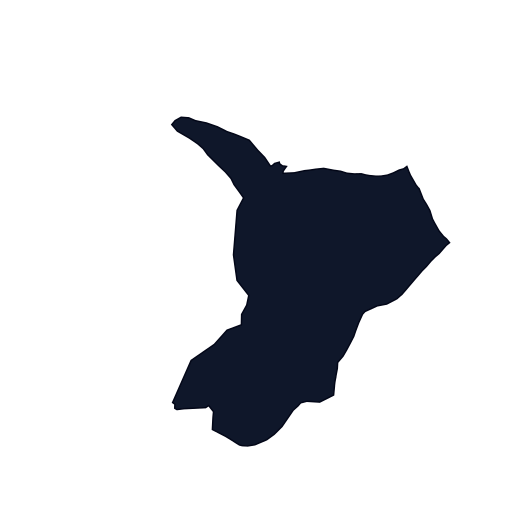 Shomgom, Gombe, Nigeria (Albers equal-area conic projection), rotated 312°
{"feature_id": "59680162B64183111122385", "entity_name": "Shomgom", "entity_type": "district", "adm_level": 2, "iso_a3": "NGA", "parent_name": "Nigeria", "parent_adm1": "Gombe", "projection": "albers", "projection_center": [11.229, 9.728], "detail": "fine", "context": "isolated", "style": "filled", "palette": "ink", "viewbox_px": 512, "rotation_deg": 312, "n_neighbors": 0, "source": "geoboundaries", "source_scale": "gbopen_adm2", "svg_char_len": 2166}
<svg xmlns="http://www.w3.org/2000/svg" viewBox="0 0 512 512"><g transform="rotate(312 256 256)"><path d="M97.9,339.7L101.7,354.2L102.1,356.4L102.6,358.9L104.0,367.3L104.5,370.1L105.8,372.6L109.3,376.9L115.0,381.5L126.6,386.9L135.6,388.8L140.7,389.1L146.7,389.4L155.8,388.2L166.3,386.8L172.7,387.5L176.7,387.4L182.0,390.9L190.1,401.1L204.6,406.7L211.7,401.4L212.3,400.9L214.7,399.2L217.2,397.6L219.1,396.5L220.7,395.4L226.8,391.7L231.5,387.9L239.2,387.7L239.6,387.7L246.4,386.3L254.5,384.3L261.7,382.4L266.8,380.2L275.2,376.9L284.1,374.1L287.5,374.1L288.1,374.3L300.0,379.4L307.8,385.3L318.6,389.3L322.4,389.7L325.0,390.1L333.1,389.9L336.1,389.8L339.9,389.7L347.1,389.5L349.1,389.5L356.1,389.3L362.5,389.6L368.9,389.4L375.3,389.7L380.4,390.4L391.1,390.2L395.4,390.9L396.1,386.2L396.1,385.9L396.0,382.2L396.8,377.1L397.2,374.9L400.0,366.6L401.6,362.3L406.1,354.8L408.1,349.1L408.6,347.5L410.1,342.2L415.0,332.5L414.9,332.5L415.0,332.2L415.8,327.4L417.4,322.6L419.4,316.5L420.6,314.0L420.6,313.9L423.5,308.2L419.6,307.4L415.7,304.9L409.7,302.5L404.1,299.6L398.9,295.4L395.5,291.7L392.1,287.1L391.9,286.9L389.7,283.4L389.4,282.9L387.8,279.7L387.5,279.2L382.7,274.1L378.3,268.1L375.6,262.2L372.3,257.3L372.1,257.1L366.4,247.7L360.3,242.2L355.2,238.0L352.0,235.1L343.4,228.8L335.5,220.8L335.7,220.4L336.6,219.9L337.1,219.4L337.7,219.3L338.0,219.3L339.3,219.1L340.9,218.9L342.9,218.7L341.8,216.9L340.7,215.6L340.5,213.7L340.4,211.7L341.3,210.5L337.2,207.9L334.2,207.6L332.5,206.8L332.7,205.6L335.0,196.5L335.7,186.5L337.5,173.5L334.3,164.4L332.1,158.5L331.5,157.0L331.4,156.8L329.0,151.2L326.2,140.9L321.7,130.2L316.0,120.4L313.7,113.6L309.0,107.5L302.5,105.3L297.3,105.5L296.2,114.0L299.1,127.7L300.4,137.5L300.5,145.0L298.9,152.4L298.2,167.5L298.0,177.0L296.9,185.7L296.2,187.4L294.6,191.4L294.5,191.7L294.4,191.8L292.5,200.9L290.9,207.9L277.3,211.4L241.8,238.5L225.2,258.2L221.9,277.0L213.3,282.0L203.0,284.4L195.1,291.2L181.5,284.1L162.5,284.2L135.0,277.7L91.3,292.1L91.6,294.9L88.5,297.5L88.6,298.3L89.0,300.0L94.2,304.5L109.6,320.0L113.2,320.9L111.9,328.6L107.5,331.9L104.4,334.4L98.0,339.6L97.9,339.7Z" fill="#0f172a" stroke="#020617" stroke-width="1.5"/></g></svg>